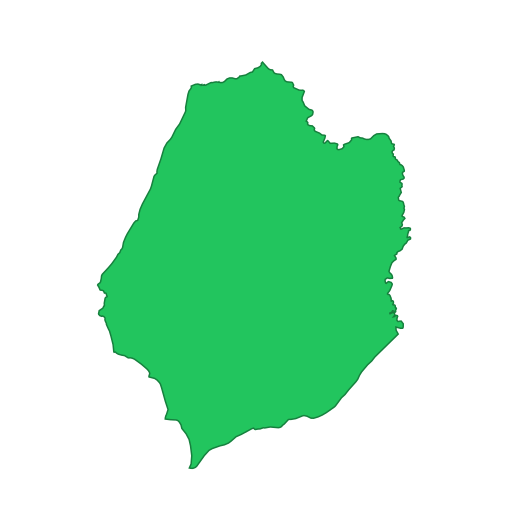 the district of Lospalos, Lautém, East Timor, rotated 162°
{"feature_id": "22284137B26175223982630", "entity_name": "Lospalos", "entity_type": "district", "adm_level": 2, "iso_a3": "TLS", "parent_name": "East Timor", "parent_adm1": "Lautém", "projection": "orthographic", "projection_center": [126.99, -8.54], "detail": "fine", "context": "isolated", "style": "filled", "palette": "green", "viewbox_px": 512, "rotation_deg": 162, "n_neighbors": 0, "source": "geoboundaries", "source_scale": "gbopen_adm2", "svg_char_len": 6065}
<svg xmlns="http://www.w3.org/2000/svg" viewBox="0 0 512 512"><g transform="rotate(162 256 256)"><path d="M189.9,438.4L191.4,437.6L191.7,436.3L193.4,435.0L196.1,434.4L199.4,434.6L202.5,432.1L204.7,432.3L209.8,431.3L215.0,431.9L215.6,432.2L216.5,431.5L219.3,430.5L220.9,430.9L223.6,432.7L226.0,433.5L228.9,433.3L232.1,431.7L234.0,431.3L236.0,431.8L237.3,432.6L237.4,433.1L237.9,432.8L239.9,433.8L241.2,434.1L244.2,434.4L244.9,434.8L245.6,434.8L251.2,434.0L251.7,434.2L251.9,434.7L252.5,434.4L253.1,434.6L252.9,434.9L255.0,435.3L254.9,435.6L255.3,435.4L255.3,435.8L255.8,435.8L256.1,436.2L256.7,436.3L257.2,437.0L257.8,437.1L258.1,437.5L260.7,438.0L265.1,437.6L265.3,436.5L266.0,435.5L268.7,433.6L270.7,430.8L277.0,419.1L277.8,416.2L278.5,415.0L287.8,405.2L293.2,401.3L299.3,395.0L301.4,393.4L305.7,391.1L310.0,387.1L316.5,377.6L323.1,368.9L324.0,367.2L324.6,365.3L327.3,364.1L328.4,363.2L333.8,354.8L335.7,352.3L347.9,340.6L351.8,336.2L354.6,331.8L355.5,329.2L357.4,326.6L357.9,326.4L359.6,326.5L362.0,325.1L371.4,317.0L374.2,314.2L377.8,309.9L380.2,305.4L381.3,304.2L382.7,303.5L384.6,301.2L386.7,300.3L389.0,298.0L395.4,293.3L400.1,290.4L408.0,286.0L409.1,284.7L410.0,282.6L411.8,279.5L412.7,278.7L415.1,277.9L415.6,277.3L415.0,274.6L414.8,272.0L414.6,271.7L412.9,270.9L411.8,270.0L411.6,267.6L410.4,267.2L410.1,266.7L410.2,264.9L410.0,263.7L410.2,263.3L411.7,263.1L412.5,262.5L414.9,258.0L415.5,255.7L415.9,255.3L416.4,255.3L417.2,254.2L418.1,253.6L422.0,252.5L423.6,249.7L423.6,249.1L422.9,247.5L421.3,246.3L420.6,246.4L419.9,245.8L419.4,245.4L418.8,244.0L418.8,243.4L419.4,242.0L419.4,240.5L419.1,238.2L419.4,237.1L418.8,231.5L418.5,230.1L418.7,224.3L419.3,215.9L420.8,209.0L420.7,208.3L419.7,208.3L419.3,208.0L418.7,206.8L417.3,205.2L414.3,203.2L411.8,201.9L409.0,198.6L406.9,198.0L405.2,197.0L403.4,195.4L398.4,188.5L394.7,182.4L393.7,180.2L393.3,178.4L393.4,177.0L395.0,174.7L395.1,174.0L390.2,170.9L388.4,168.6L386.9,165.3L386.5,163.7L386.5,159.7L387.1,146.0L387.1,137.1L390.2,132.8L391.1,131.9L392.2,130.2L392.7,129.0L388.0,126.8L382.8,124.8L381.7,124.1L380.9,123.2L380.3,121.9L379.5,118.7L379.8,114.9L377.4,108.5L376.3,102.2L376.9,95.8L378.8,85.9L382.0,78.2L384.9,75.0L383.7,74.3L381.7,73.6L380.3,73.6L379.1,73.7L377.5,74.3L366.8,82.2L360.7,85.7L357.0,86.4L348.9,86.6L344.4,86.2L340.0,86.6L337.0,87.6L330.8,90.3L325.1,90.9L313.2,93.1L311.4,93.0L310.9,91.8L310.3,91.2L307.8,90.9L305.5,90.3L302.1,90.4L300.9,89.8L295.3,89.0L287.8,85.8L286.2,85.6L284.3,85.9L283.4,86.7L281.0,87.5L275.8,90.4L275.1,90.4L273.2,89.8L268.4,89.1L261.0,89.6L259.6,89.4L257.0,87.9L253.8,84.8L251.3,83.9L246.7,83.8L242.1,84.3L237.6,85.3L227.9,88.3L226.6,89.0L218.5,94.8L214.1,96.8L209.2,100.1L199.9,105.5L197.4,107.3L194.2,110.8L191.3,113.2L183.6,118.0L178.4,120.4L174.1,123.3L144.9,137.8L145.7,142.1L144.9,145.2L140.7,142.5L138.8,142.0L138.0,142.9L136.9,146.0L138.0,149.2L139.3,149.6L141.2,149.8L141.9,151.4L140.9,153.6L139.9,154.8L140.0,155.6L141.0,156.2L141.7,156.2L143.0,155.6L144.0,155.7L142.4,156.8L142.1,157.2L142.1,159.0L143.3,160.0L146.0,159.6L146.5,159.8L146.3,160.4L144.2,160.6L143.1,161.7L142.1,161.2L141.6,160.0L140.7,159.6L140.3,160.0L140.0,161.4L138.8,162.5L138.8,163.3L139.3,163.5L139.4,164.1L139.0,165.5L139.1,166.2L139.5,166.7L140.7,167.1L140.9,167.6L139.8,168.8L139.4,170.5L140.1,171.4L141.2,171.3L140.6,174.2L140.8,177.1L141.4,178.3L142.4,178.7L142.7,179.3L142.0,180.1L139.5,181.8L136.3,185.4L135.3,186.7L135.1,187.4L135.6,189.1L137.9,190.7L139.2,190.4L140.5,189.7L141.0,190.0L141.1,191.1L140.8,193.0L140.3,193.9L137.8,194.6L135.7,193.3L133.2,192.7L132.9,193.0L132.6,194.9L132.8,196.6L134.0,198.8L134.3,200.3L131.5,204.4L128.8,207.6L126.4,208.8L123.9,209.5L123.6,210.1L123.5,211.2L124.2,213.6L122.8,214.2L121.7,214.3L121.3,214.6L121.0,215.7L119.3,216.4L117.6,216.4L115.0,217.3L113.0,219.8L111.0,221.2L109.1,221.9L106.7,224.1L103.9,224.4L103.4,225.3L103.4,225.8L103.9,226.7L106.5,226.7L106.5,227.3L105.9,227.8L104.9,230.0L103.5,231.9L103.3,232.6L102.8,233.0L101.7,232.8L101.0,233.4L100.7,234.4L100.9,234.9L102.4,235.8L103.7,236.0L106.6,237.0L109.7,236.6L110.2,237.1L110.0,238.0L110.2,238.5L108.1,239.3L107.6,239.8L107.1,240.7L107.2,242.6L104.7,244.7L102.8,245.7L103.1,247.1L104.7,248.5L104.6,249.3L101.9,251.9L100.6,254.1L100.4,254.6L100.6,255.6L99.5,257.4L99.6,258.6L99.4,260.6L99.4,261.8L99.9,262.7L102.5,264.3L103.0,265.0L102.6,267.7L101.9,268.4L101.2,268.7L100.4,269.7L98.2,271.5L98.0,275.8L95.7,276.7L95.5,277.2L95.5,277.9L94.8,279.4L94.9,280.1L96.3,281.7L96.0,282.6L95.0,283.9L92.2,283.7L91.1,284.3L90.8,285.2L91.4,287.5L91.2,289.6L90.6,290.3L88.8,290.8L88.5,291.6L88.4,295.1L89.0,296.7L90.1,298.2L90.6,298.3L90.9,298.9L90.8,300.5L91.9,302.1L92.0,303.5L93.2,304.8L93.4,305.4L93.1,306.8L93.3,307.5L94.2,307.8L94.6,308.2L94.7,308.8L93.9,310.5L94.6,311.6L94.4,313.1L93.4,313.9L92.6,314.2L92.2,314.1L91.3,315.2L91.1,316.4L91.3,317.8L90.1,319.0L90.1,319.5L92.0,320.7L92.3,321.2L92.0,323.7L93.0,326.8L92.9,328.2L93.4,329.7L94.7,331.6L96.0,332.6L97.9,333.4L103.5,334.8L106.7,334.1L110.9,332.0L113.0,332.1L114.9,332.7L116.6,333.7L118.2,335.2L120.4,336.2L122.1,337.9L128.3,338.6L128.8,338.3L129.2,336.9L132.0,335.2L132.6,335.0L137.4,334.9L138.4,334.6L138.6,332.7L141.0,331.4L144.0,331.5L145.1,331.8L145.9,333.0L144.9,335.4L144.0,336.3L143.8,336.9L144.1,337.5L146.5,339.1L150.6,340.2L152.0,343.4L152.4,343.7L155.5,342.1L156.1,342.1L156.6,342.5L156.9,343.1L156.7,343.8L154.1,346.8L152.9,348.9L153.2,349.5L155.9,350.7L157.7,353.3L161.2,356.3L161.7,357.9L160.8,359.3L160.9,359.8L162.2,362.3L164.8,363.5L165.9,364.6L166.2,365.4L165.5,366.9L165.8,367.7L166.6,368.7L164.3,371.3L163.8,371.6L160.2,372.2L159.0,372.7L158.3,373.3L157.2,375.4L157.3,376.6L157.8,377.5L160.3,379.1L163.3,383.8L163.6,387.8L164.1,389.7L163.2,392.5L159.2,397.5L159.5,398.6L160.4,399.3L161.8,399.6L163.8,400.5L168.1,404.4L168.3,405.6L167.4,406.9L167.8,409.6L168.2,410.1L172.8,412.1L174.1,413.4L174.6,415.0L174.8,417.8L175.8,420.6L177.2,421.5L180.0,422.7L181.7,423.9L182.3,424.9L182.8,427.8L184.8,428.7L185.9,429.7L186.6,430.8L189.9,438.4Z" fill="#22c55e" stroke="#15803d" stroke-width="1.5"/></g></svg>